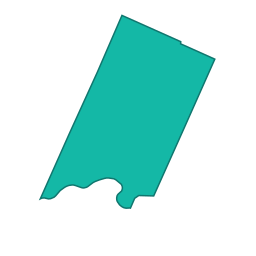 outline of Atchison, Kansas, United States of America, rotated 114°
{"feature_id": "52423323B34368338565604", "entity_name": "Atchison", "entity_type": "district", "adm_level": 2, "iso_a3": "USA", "parent_name": "United States of America", "parent_adm1": "Kansas", "projection": "equal_earth", "projection_center": [-95.118, 39.536], "detail": "fine", "context": "isolated", "style": "filled", "palette": "teal", "viewbox_px": 256, "rotation_deg": 114, "n_neighbors": 0, "source": "geoboundaries", "source_scale": "gbopen_adm2", "svg_char_len": 874}
<svg xmlns="http://www.w3.org/2000/svg" viewBox="0 0 256 256"><g transform="rotate(114 128 128)"><path d="M27.6,179.3L89.4,178.7L157.6,179.3L228.4,179.3L227.1,178.2L225.9,176.0L225.1,171.8L224.0,169.9L221.3,167.4L219.4,166.5L212.7,164.5L208.5,162.1L206.9,161.0L205.5,159.7L204.4,158.5L202.8,155.9L202.3,154.8L201.9,152.4L201.4,146.2L201.1,144.9L200.6,143.8L199.2,142.0L198.2,141.1L192.2,137.8L190.4,136.4L187.1,133.1L183.7,129.1L182.4,127.3L181.5,125.2L180.1,120.1L180.3,117.8L182.1,111.4L182.5,110.8L183.6,109.6L184.9,108.8L186.1,108.4L188.1,108.2L192.4,110.1L193.9,110.4L194.9,110.3L196.5,109.9L198.1,109.1L199.0,108.4L199.7,107.6L201.6,104.5L202.3,102.0L202.5,100.1L202.5,99.2L202.0,97.1L200.3,93.8L200.2,93.2L189.5,93.3L185.3,90.7L179.6,76.9L104.7,76.7L85.9,76.7L29.8,76.7L29.7,114.2L27.7,114.9L27.6,179.3Z" fill="#14b8a6" stroke="#0f766e" stroke-width="1.5"/></g></svg>